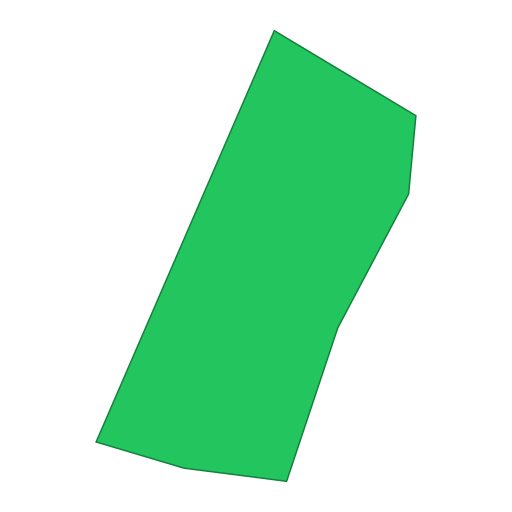 Luxor, Equal Earth projection
{"feature_id": "EGY-5494", "entity_name": "Luxor", "entity_type": "Governorate", "adm_level": 1, "iso_a3": "EGY", "parent_name": "Egypt", "parent_adm1": "", "projection": "equal_earth", "projection_center": [32.651, 25.707], "detail": "fine", "context": "isolated", "style": "filled", "palette": "green", "viewbox_px": 512, "rotation_deg": 0, "n_neighbors": 0, "source": "natural_earth", "source_scale": "10m", "svg_char_len": 225}
<svg xmlns="http://www.w3.org/2000/svg" viewBox="0 0 512 512"><path d="M274.3,30.7L415.9,115.7L408.6,194.0L337.8,327.8L286.6,481.3L184.1,468.2L96.1,442.0L274.3,30.7Z" fill="#22c55e" stroke="#15803d" stroke-width="1.5"/></svg>